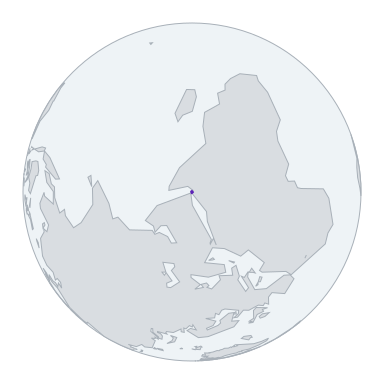 globe centered on Obock, rotated 183°
{"feature_id": "DJI-1570", "entity_name": "Obock", "entity_type": "Region", "adm_level": 1, "iso_a3": "DJI", "parent_name": "Djibouti", "parent_adm1": "", "projection": "orthographic", "projection_center": [43.052, 12.273], "detail": "fine", "context": "on_globe", "style": "filled", "palette": "violet", "viewbox_px": 384, "rotation_deg": 183, "n_neighbors": 0, "source": "natural_earth", "source_scale": "10m", "svg_char_len": 8832}
<svg xmlns="http://www.w3.org/2000/svg" viewBox="0 0 384 384"><g transform="rotate(183 192 192)"><circle cx="192" cy="192" r="169" fill="#eef3f6" stroke="#a8b0b8"/><path d="M117.7,40.3L116.5,40.8L115.0,41.6L117.7,40.3ZM108.9,44.9L112.3,43.2L101.5,49.5L92.1,56.4L89.5,58.3L86.7,59.9L87.8,59.0L98.1,51.6L108.9,44.9ZM79.0,66.3L77.4,67.8L79.0,66.3ZM23.1,196.9L24.5,204.6L27.3,215.0L28.7,225.1L29.1,234.3L36.1,257.2L36.4,257.7L31.9,246.0L28.3,234.0L25.7,221.8L23.9,209.4L23.1,196.9ZM160.4,26.0L160.8,25.9L158.0,26.5L157.3,26.6L160.4,26.0ZM148.5,29.1L150.0,28.5L152.6,27.9L148.5,29.1ZM161.5,25.8L162.5,25.6L163.7,25.4L163.9,25.4L161.5,25.8ZM174.1,24.0L174.3,24.0L171.3,24.3L174.1,24.0ZM167.8,24.9L160.9,26.1L157.5,27.0L155.1,27.5L161.0,26.0L167.8,24.9ZM169.5,24.6L167.9,24.9L165.7,25.1L165.4,25.1L169.5,24.6ZM180.3,23.4L179.2,23.5L179.8,23.5L180.3,23.4ZM167.2,25.1L168.9,24.9L167.2,25.1L167.2,25.1ZM176.0,23.9L176.5,23.8L177.7,23.7L176.0,23.9ZM171.8,24.6L169.6,24.9L169.3,24.8L171.8,24.6ZM174.1,24.2L175.6,24.1L170.6,24.6L174.1,24.1L174.1,24.2ZM177.1,23.8L178.0,23.7L176.7,23.8L177.1,23.8ZM174.0,24.9L167.7,25.6L167.1,25.3L173.3,24.6L174.0,24.9ZM266.7,40.4L271.4,42.8L271.9,43.1L272.6,43.5L277.8,47.5L289.5,56.5L290.2,55.6L294.4,58.3L308.2,70.4L321.3,89.1L327.1,94.9L329.9,99.1L330.5,102.1L326.3,96.0L323.5,94.2L321.1,90.6L320.6,94.1L317.1,89.2L318.5,94.9L322.1,98.6L323.8,96.9L326.5,104.6L333.1,111.2L337.9,120.2L340.8,137.8L337.6,144.4L338.2,147.6L334.8,144.8L333.5,151.6L342.5,167.7L343.3,172.8L339.7,183.9L339.0,180.2L329.9,172.7L330.5,185.2L337.5,194.0L340.0,205.6L335.6,202.9L332.9,192.8L329.6,189.9L328.8,179.1L323.0,164.1L318.4,168.0L317.2,161.7L308.4,150.1L301.1,155.6L290.4,174.3L291.6,190.6L286.7,198.4L274.4,176.3L269.7,161.0L264.7,163.0L252.4,150.9L229.7,151.6L226.9,147.8L222.6,149.9L214.0,146.2L210.0,139.9L204.6,140.5L215.5,157.2L221.3,156.7L226.8,149.9L228.7,156.0L237.1,161.1L226.2,176.6L193.2,190.9L190.9,178.7L170.2,145.7L171.3,142.1L171.2,141.6L171.0,140.9L168.2,146.8L165.0,140.4L175.1,163.3L176.5,173.2L192.8,191.7L191.0,193.6L196.5,197.4L215.2,192.4L215.1,196.5L205.8,215.6L180.7,241.2L184.5,258.1L183.6,272.2L169.1,281.3L171.6,292.0L164.3,295.5L164.7,301.4L159.5,307.3L150.4,312.6L133.6,311.7L131.6,306.4L121.7,295.5L107.6,268.7L110.8,257.0L108.9,247.4L96.9,224.9L99.5,213.1L96.5,207.7L90.2,208.3L86.9,201.8L83.2,201.2L61.0,202.0L55.0,192.9L49.5,167.0L54.1,158.2L56.2,147.1L88.6,114.6L94.0,117.6L117.8,115.6L120.5,117.2L116.1,125.3L132.7,137.1L140.0,130.5L156.6,137.2L168.6,137.4L175.7,122.1L156.0,121.2L154.1,113.6L171.2,107.8L188.7,109.4L188.5,106.6L178.8,99.9L184.1,95.1L175.6,97.3L178.1,100.2L172.7,101.9L170.2,99.4L172.1,97.6L167.3,96.2L159.0,105.8L160.6,109.8L147.0,111.0L148.4,118.0L144.2,121.1L140.3,110.4L141.7,106.7L133.2,95.5L130.5,99.4L138.3,110.5L135.3,109.4L131.6,115.6L132.0,110.1L124.2,97.8L112.7,99.4L95.8,113.7L89.7,114.4L85.6,110.7L94.1,95.4L106.9,95.7L110.1,91.1L109.6,84.0L113.5,85.0L114.9,82.3L119.9,82.5L129.0,76.9L134.5,76.7L140.0,69.4L143.6,68.6L139.3,73.0L139.2,76.3L153.0,76.9L156.2,75.5L158.7,70.9L162.2,72.0L162.8,67.5L171.7,66.4L161.4,64.3L164.0,59.7L170.4,56.6L169.5,55.0L159.1,60.1L156.6,62.6L157.4,65.2L149.0,72.8L143.8,73.8L145.6,65.1L138.5,66.0L143.1,59.6L168.4,48.4L178.0,46.9L189.7,53.3L186.4,55.7L180.5,54.5L184.2,59.5L184.7,57.2L187.6,58.4L190.9,55.0L193.1,55.7L192.4,51.4L195.5,51.9L195.8,54.6L203.3,50.7L210.2,51.3L210.8,50.2L209.5,48.8L219.1,50.9L219.1,50.0L216.0,48.9L214.0,46.6L214.3,43.4L217.6,44.3L217.9,45.6L223.7,49.9L224.1,53.5L225.5,53.6L225.9,50.7L218.9,45.4L218.1,43.3L222.0,45.5L220.5,44.5L221.2,43.8L224.9,44.0L220.9,41.6L223.6,34.4L231.1,34.8L234.2,37.1L239.5,34.7L247.6,36.5L244.7,35.3L245.3,34.1L242.8,33.5L241.4,32.9L241.8,30.9L244.5,31.5L242.1,30.7L254.6,35.1L266.7,40.4ZM75.8,131.8L74.5,135.0L75.8,131.8ZM206.3,119.6L217.4,120.3L213.9,110.7L217.8,110.4L215.2,107.4L213.6,110.1L207.3,102.2L212.6,99.6L212.0,95.7L208.3,95.4L199.6,101.6L208.5,112.5L205.3,116.4L206.3,119.6ZM80.9,65.5L76.7,69.3L79.3,66.7L77.8,67.9L81.4,64.3L88.4,59.1L84.6,61.9L80.9,65.5ZM117.3,69.6L118.4,71.2L115.4,74.0L108.6,75.6L112.7,71.5L117.3,69.6ZM120.5,73.1L124.3,64.9L128.7,64.0L125.6,65.8L128.1,66.0L123.8,69.1L124.4,76.9L121.8,80.0L110.5,80.4L115.6,78.4L114.3,76.6L120.5,73.1ZM125.9,49.7L127.6,47.3L135.0,48.3L132.6,50.5L125.6,51.8L124.3,50.1L125.9,49.7ZM134.9,33.0L135.1,32.9L136.4,32.5L137.3,32.2L134.9,33.0ZM129.6,35.0L133.2,33.7L135.5,32.9L143.4,30.2L147.0,29.1L154.6,27.2L156.1,26.9L155.3,27.2L152.5,27.8L153.4,27.7L148.8,28.8L149.0,28.9L135.6,33.3L135.1,33.3L127.8,36.6L123.7,37.9L128.5,35.7L119.9,39.5L122.6,38.0L116.9,40.8L127.2,36.0L129.6,35.0ZM172.8,30.2L169.9,29.7L171.0,31.9L166.3,32.1L166.7,32.4L162.7,33.3L158.6,35.0L156.7,34.9L155.9,35.7L153.2,36.5L151.5,37.6L147.5,38.0L145.0,39.4L144.5,38.8L141.4,41.3L141.9,39.7L138.5,40.9L139.8,41.8L122.4,43.7L114.7,46.5L107.9,50.0L109.7,47.4L117.2,42.8L127.0,38.1L134.2,36.1L133.7,35.6L137.0,34.5L136.0,35.4L139.5,33.5L141.9,33.0L150.6,30.3L154.1,28.6L157.4,27.8L157.3,28.2L160.6,27.2L162.6,27.6L164.9,27.1L169.2,27.3L167.5,28.9L170.3,28.3L173.7,28.7L172.8,30.2ZM175.0,25.0L174.1,26.2L171.1,27.1L164.9,26.4L162.4,26.8L158.4,26.9L162.9,25.8L163.6,25.8L165.4,25.6L163.3,26.0L166.3,25.5L167.4,25.6L170.1,25.4L169.0,25.8L175.0,25.0ZM124.6,114.4L126.9,114.9L130.7,114.8L128.4,119.0L124.6,114.4ZM119.0,106.0L121.2,105.7L119.9,111.0L117.6,110.6L119.0,106.0ZM123.5,101.2L121.4,105.3L121.2,102.9L123.5,101.2ZM141.4,72.6L143.9,72.2L143.8,73.3L141.9,74.8L141.4,72.6ZM175.1,38.6L173.9,37.7L174.9,37.4L175.6,35.0L179.2,35.0L180.1,36.4L175.1,38.6ZM171.8,124.6L167.7,127.4L166.1,125.9L167.8,125.2L171.8,124.6ZM146.5,123.2L151.8,125.4L145.9,124.3L146.5,123.2ZM179.1,38.2L179.0,37.1L180.8,37.8L179.1,38.2ZM181.8,34.8L184.1,35.4L179.7,34.7L181.8,34.8ZM240.8,337.2L242.0,338.6L239.3,339.0L240.8,337.2ZM213.1,269.7L202.8,294.1L194.6,294.3L192.6,287.3L195.9,272.6L205.3,268.2L209.7,261.4L213.1,269.7ZM353.6,228.0L354.6,228.1L354.4,228.9L353.6,228.0ZM352.7,226.1L354.1,225.5L352.1,227.9L352.7,226.1ZM354.6,225.3L356.0,223.1L356.7,221.5L356.3,223.2L354.6,225.3ZM351.6,226.6L344.0,229.2L340.5,228.3L341.7,225.2L347.3,224.1L351.6,226.6ZM341.4,225.2L335.7,218.9L325.0,198.1L328.9,197.7L339.5,209.2L338.9,211.8L342.4,217.1L341.4,225.2ZM354.0,206.5L353.3,214.0L349.5,214.9L347.5,214.4L346.2,205.5L347.0,200.5L348.7,200.0L353.3,181.9L355.3,185.0L354.4,192.4L355.9,198.1L354.0,206.5ZM292.4,192.1L296.7,201.3L293.8,203.3L292.4,192.1ZM353.6,169.9L352.8,177.7L353.0,167.7L353.6,169.9ZM352.8,160.8L353.7,164.3L352.3,161.2L352.8,160.8ZM339.6,152.3L337.9,153.7L337.1,151.3L338.9,148.1L339.6,152.3ZM341.7,128.0L344.4,134.9L345.1,137.3L342.9,133.4L341.7,128.0ZM209.1,39.4L204.2,42.4L203.0,45.3L206.0,47.6L199.6,45.9L201.5,41.5L209.1,39.4ZM221.4,34.7L218.8,33.2L221.3,33.4L222.2,33.7L221.4,34.7ZM218.9,34.1L213.1,33.3L212.5,32.1L217.2,33.0L218.9,34.1ZM196.0,34.8L194.3,35.6L192.9,35.0L196.0,34.8ZM331.5,287.3L325.6,294.5L324.9,294.0L328.5,289.0L334.8,275.6L335.4,275.5L339.3,266.1L347.5,254.8L354.4,237.0L354.9,236.7L355.1,236.1L350.8,249.6L345.4,262.7L339.0,275.3L331.5,287.3ZM355.9,227.2L357.9,220.6L358.3,219.6L355.9,227.2ZM360.7,201.9L360.7,200.8L360.8,200.0L360.7,201.9ZM360.9,197.4L360.8,196.3L360.9,194.5L360.9,197.4ZM359.8,204.8L359.6,206.8L359.4,205.6L359.8,204.8ZM360.1,203.3L360.5,204.5L360.0,205.0L360.1,203.3ZM356.7,199.3L357.1,203.6L358.5,199.8L357.5,204.7L357.9,211.6L357.4,214.7L357.0,207.1L356.1,215.7L355.4,215.9L355.5,208.9L356.5,199.8L357.1,195.8L359.3,192.8L356.7,199.3ZM360.3,197.7L360.1,192.6L360.2,188.9L360.4,191.5L360.3,197.7ZM358.7,180.7L357.1,175.3L356.5,178.2L357.0,168.7L358.5,175.4L358.7,180.7ZM356.2,168.1L355.7,170.7L355.7,165.3L356.2,168.1ZM355.1,168.9L354.2,164.8L355.0,164.9L355.1,168.9ZM356.6,168.0L355.4,160.9L356.5,164.8L356.6,168.0ZM351.8,155.9L354.9,161.6L352.2,160.0L348.5,146.9L349.4,146.1L351.8,155.9ZM334.2,102.8L332.0,99.6L331.8,98.5L333.3,101.0L334.2,102.8ZM329.1,93.3L331.0,97.2L332.2,101.0L333.4,102.3L336.7,108.2L332.9,103.3L329.7,96.5L329.4,94.7L326.1,90.1L323.9,86.7L319.4,81.4L317.4,79.0L321.4,83.4L329.1,93.3ZM313.4,74.5L315.6,76.8L314.8,76.2L317.5,79.2L308.9,70.2L310.0,71.1L313.4,74.5ZM307.1,68.4L306.3,67.9L291.8,56.4L289.1,54.3L300.6,62.7L300.4,62.7L303.8,65.6L307.1,68.4ZM240.0,32.6L238.4,31.8L240.0,32.0L240.0,32.6ZM234.8,30.1L234.1,30.3L233.4,29.7L234.8,30.1ZM232.9,31.2L233.2,30.2L234.9,31.7L232.9,31.2Z" fill="#d9dde1" stroke="#a8b0b8" stroke-width="1"/><path d="M191.5,191.0L192.2,190.7L192.2,190.8L192.3,190.8L192.6,191.2L192.7,191.3L192.8,191.4L192.8,191.5L192.9,191.8L193.0,192.1L193.0,192.3L193.1,192.5L192.9,192.8L192.7,192.9L192.4,192.9L192.4,193.0L192.1,193.3L192.0,193.2L191.9,193.0L191.9,192.9L191.3,192.3L191.2,192.3L191.2,192.2L190.9,191.9L191.0,191.8L191.0,191.7L191.3,191.5L191.2,191.4L191.4,191.2L191.5,191.0L191.5,191.0Z" fill="#8b5cf6" stroke="#5b21b6" stroke-width="1.5"/></g></svg>